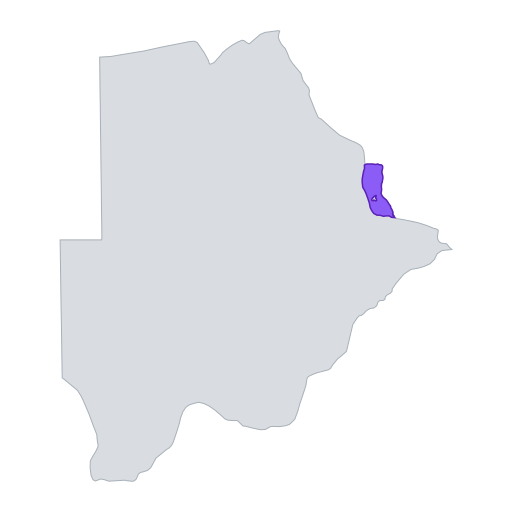 North-East on a map of Botswana (Natural Earth projection)
{"feature_id": "BWA-4853", "entity_name": "North-East", "entity_type": "District", "adm_level": 1, "iso_a3": "BWA", "parent_name": "Botswana", "parent_adm1": "", "projection": "natural_earth1", "projection_center": [27.629, -21.012], "detail": "fine", "context": "in_parent", "style": "filled", "palette": "violet", "viewbox_px": 512, "rotation_deg": 0, "n_neighbors": 0, "source": "natural_earth", "source_scale": "10m", "svg_char_len": 4097}
<svg xmlns="http://www.w3.org/2000/svg" viewBox="0 0 512 512"><path d="M279.7,31.0L278.9,33.5L278.3,37.1L279.1,39.7L280.8,43.3L283.2,46.4L285.1,48.3L287.3,52.9L289.5,58.7L292.4,63.2L301.0,73.5L302.0,77.2L303.2,80.8L308.5,87.8L309.4,90.2L309.0,94.9L314.6,109.2L318.2,117.6L321.3,119.1L331.1,128.0L339.6,135.2L349.6,140.0L357.0,143.2L360.6,145.5L362.4,147.8L363.9,152.0L364.6,159.5L364.9,164.3L372.8,164.1L379.3,164.5L381.6,165.5L382.4,166.9L382.2,170.1L382.3,174.8L382.6,178.6L382.0,182.7L381.5,187.4L381.2,193.4L382.2,195.7L388.5,203.2L391.1,208.0L393.9,215.4L395.6,217.7L396.9,218.7L402.6,219.5L417.2,222.5L426.2,225.3L433.4,228.2L436.4,229.0L437.8,229.8L438.3,230.5L437.4,236.9L437.7,238.9L438.5,240.8L439.7,242.2L441.2,243.1L446.6,243.8L449.8,247.7L451.9,249.5L442.1,250.5L437.2,253.7L434.4,259.5L430.0,263.8L424.0,266.5L417.6,268.3L410.9,269.4L403.7,274.3L396.1,283.3L392.2,288.9L392.1,291.2L390.4,293.2L387.1,294.9L385.3,297.0L384.9,299.4L383.1,300.5L380.1,300.4L378.0,302.1L376.7,305.7L374.1,307.9L369.9,308.6L366.4,310.7L363.4,313.9L361.0,315.6L359.4,315.6L356.9,318.3L352.8,324.6L352.1,327.5L346.5,351.3L343.4,354.1L337.5,359.0L332.7,364.8L330.6,368.3L328.4,369.8L317.3,372.7L313.2,374.2L308.3,376.5L307.0,378.5L305.8,385.8L302.4,396.3L299.7,404.1L297.9,410.8L294.8,419.2L292.1,422.0L289.1,424.6L285.0,425.8L279.5,426.6L274.5,426.4L270.7,426.5L265.3,429.5L260.3,429.7L252.3,428.0L245.9,426.3L243.0,426.0L237.3,420.5L233.6,420.6L228.0,420.2L224.9,418.9L221.9,416.1L215.6,410.6L209.4,406.2L203.9,403.5L198.7,402.3L193.9,403.4L190.1,404.6L188.7,405.2L185.8,407.4L182.8,411.8L180.4,418.6L179.5,422.8L176.8,431.7L173.2,442.3L171.5,445.4L169.5,447.7L166.3,449.7L156.0,458.1L150.8,467.6L147.6,470.4L143.6,471.7L140.3,472.5L138.4,474.1L136.4,478.9L134.6,480.6L132.7,481.3L126.7,480.7L124.8,480.2L108.9,481.2L104.1,479.6L100.6,479.0L95.3,481.0L93.0,479.7L91.1,475.7L90.1,467.7L90.3,460.9L93.1,455.7L95.5,451.9L97.9,447.0L98.1,444.8L97.6,442.8L97.1,438.7L96.8,434.6L93.2,425.5L88.8,413.5L83.0,400.0L81.2,396.3L77.6,390.5L64.3,379.4L62.2,377.9L62.2,376.7L62.0,365.9L61.8,351.7L61.6,337.4L61.4,323.2L61.1,308.9L60.9,294.7L60.7,280.4L60.5,266.2L60.3,251.9L60.1,239.9L69.6,239.9L81.4,239.9L95.4,239.9L101.6,239.9L101.9,238.0L101.8,229.1L101.5,208.9L101.3,188.6L101.0,168.3L100.8,148.1L100.5,127.8L100.3,107.6L100.0,87.3L99.8,67.1L99.7,57.1L110.6,56.5L123.0,54.4L143.3,51.1L162.1,47.0L174.4,44.6L189.0,41.7L194.0,41.2L195.3,41.6L197.3,42.6L204.2,52.7L208.4,60.4L209.3,63.7L210.1,64.1L212.1,63.6L214.4,62.3L221.2,54.6L222.6,52.6L227.0,48.9L232.3,45.1L237.1,42.4L241.9,40.2L244.2,40.7L246.8,42.7L249.2,43.9L260.1,34.5L265.0,32.4L277.9,30.7L279.7,31.0Z" fill="#d9dde1" stroke="#a8b0b8" stroke-width="1"/><path d="M367.4,164.0L372.2,164.0L375.5,164.5L377.9,164.0L379.3,164.8L381.0,164.8L381.8,165.2L382.4,165.8L382.7,166.7L382.6,168.6L382.1,170.4L381.7,172.2L382.8,176.1L382.9,178.1L382.2,182.1L382.0,182.7L381.7,183.1L381.5,183.6L381.4,184.2L381.4,184.8L381.3,185.9L381.3,186.4L381.6,189.2L381.6,190.2L381.1,192.9L381.1,193.7L381.4,194.7L382.8,196.9L383.5,197.6L386.4,200.0L387.6,201.7L388.7,203.6L390.2,205.6L390.6,206.3L390.7,206.7L390.7,207.5L390.7,207.8L391.0,208.3L391.7,209.1L392.9,212.0L393.0,212.5L392.9,212.9L392.6,213.5L392.5,213.9L392.6,214.0L392.9,214.1L393.1,214.4L392.9,215.1L393.0,215.5L393.5,215.5L393.8,215.7L394.0,216.2L394.3,217.2L394.6,217.6L391.5,217.3L389.1,215.9L386.1,215.9L383.5,216.3L379.9,215.2L377.0,215.2L373.7,213.4L371.7,210.6L370.2,207.5L369.3,202.9L367.8,198.3L366.0,193.4L364.5,190.2L362.8,187.4L362.2,182.5L362.2,179.0L362.8,175.5L363.6,171.3L364.5,168.5L364.4,165.1L366.0,164.2L367.4,164.0ZM375.7,200.9L376.4,200.7L376.6,200.4L376.5,200.1L376.4,199.5L376.5,198.9L376.3,198.5L375.9,198.3L375.7,198.2L375.5,197.4L375.8,196.7L376.2,196.3L376.3,195.9L376.0,195.5L375.7,195.5L375.3,195.7L374.4,196.3L373.9,196.4L373.6,197.0L373.3,197.3L372.8,197.8L372.4,197.9L372.3,198.1L372.4,198.5L372.2,198.7L371.9,198.9L371.7,199.5L371.7,200.1L371.9,200.4L372.6,200.6L373.5,200.7L373.7,200.1L374.4,200.2L375.5,200.9L375.7,200.9Z" fill="#8b5cf6" stroke="#5b21b6" stroke-width="1.5"/></svg>